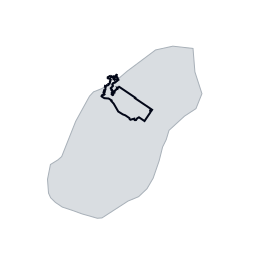 72, Ar Rayyān, Qatar shown in context, rotated 34°
{"feature_id": "91078587B78903366981324", "entity_name": "72", "entity_type": "district", "adm_level": 2, "iso_a3": "QAT", "parent_name": "Qatar", "parent_adm1": "Ar Rayyān", "projection": "mercator", "projection_center": [50.849, 25.539], "detail": "fine", "context": "in_parent", "style": "outline", "palette": "ink", "viewbox_px": 256, "rotation_deg": 34, "n_neighbors": 0, "source": "geoboundaries", "source_scale": "gbopen_adm2", "svg_char_len": 4492}
<svg xmlns="http://www.w3.org/2000/svg" viewBox="0 0 256 256"><g transform="rotate(34 128 128)"><path d="M138.0,224.9L127.6,227.5L117.7,230.3L109.5,230.3L102.9,229.1L98.5,226.4L90.0,215.6L84.1,201.6L87.7,193.7L89.0,188.8L80.9,151.7L78.3,123.1L79.2,117.3L83.9,110.5L91.6,95.6L95.6,81.2L107.2,47.9L119.4,35.1L137.4,25.7L152.1,44.1L170.1,58.2L173.5,73.9L168.2,86.6L163.3,107.0L166.2,116.3L167.3,124.4L172.2,137.9L176.9,155.5L177.7,167.7L175.2,179.0L168.9,188.5L156.7,217.1L153.0,220.0L138.0,224.9Z" fill="#d9dde1" stroke="#a8b0b8" stroke-width="1"/><path d="M137.8,99.4L117.1,99.4L117.1,98.8L98.0,98.8L97.9,99.0L97.9,98.9L97.7,98.9L97.7,99.1L97.5,99.6L97.2,99.7L97.1,99.8L97.1,100.3L96.7,100.5L97.0,100.6L97.1,101.0L97.3,101.2L97.3,101.4L97.4,101.6L97.2,101.7L97.1,101.8L96.9,102.0L96.8,102.3L96.7,102.3L96.7,102.5L96.6,102.8L96.7,103.1L96.6,103.3L96.5,103.5L96.4,103.8L96.5,104.3L96.4,104.5L96.2,104.6L96.0,104.8L96.1,105.0L96.3,105.3L96.5,105.4L96.7,105.7L96.8,105.8L96.9,106.1L96.7,106.1L96.8,106.3L96.6,106.6L96.5,106.8L96.0,107.1L96.0,107.3L95.9,107.3L96.0,107.8L96.3,108.2L96.8,108.3L97.1,108.5L97.1,108.8L97.1,109.0L96.8,109.4L96.7,109.4L96.6,109.0L95.8,109.1L95.8,108.8L95.5,108.5L95.8,108.4L95.7,108.4L95.5,108.2L95.3,108.1L95.2,108.1L95.1,107.9L94.9,107.9L94.9,107.5L95.0,107.2L95.0,106.7L94.8,106.4L94.5,106.3L94.4,106.2L94.3,106.3L94.2,106.2L94.0,105.9L93.9,105.9L94.0,105.7L93.6,105.4L93.4,105.4L93.4,105.5L93.3,105.4L93.1,105.3L92.9,105.3L92.9,105.2L92.7,105.2L92.6,104.7L92.8,104.7L92.0,104.6L92.0,104.8L91.9,104.8L91.6,104.8L91.4,104.6L91.5,103.9L91.6,103.5L91.8,102.8L92.0,102.2L91.9,102.1L91.9,101.9L91.7,101.7L91.8,101.6L91.7,101.5L91.7,101.2L91.4,100.9L91.4,101.0L91.1,101.0L90.7,100.8L90.6,100.7L90.6,100.2L90.6,99.8L90.6,99.3L90.7,98.8L91.5,98.2L91.7,97.9L92.0,97.2L92.2,96.6L92.1,96.2L92.2,95.7L92.3,95.6L92.6,95.2L92.7,94.8L92.8,94.5L92.7,94.3L92.7,94.0L92.8,94.0L92.9,93.8L92.7,93.8L92.7,93.6L92.8,93.3L92.8,93.2L92.4,93.0L92.1,93.1L92.2,93.4L91.9,93.4L91.7,93.5L91.7,93.4L91.5,93.1L91.4,93.1L91.3,92.9L91.4,92.6L91.2,92.4L91.1,92.2L90.9,92.0L90.7,92.0L90.5,91.9L90.3,92.0L90.2,92.1L89.7,92.2L89.8,92.1L89.7,92.1L89.6,91.9L89.5,92.0L89.4,92.0L89.2,92.0L89.3,91.9L89.2,91.6L88.9,91.1L89.0,90.9L89.0,90.7L89.2,90.8L89.2,90.7L89.1,90.4L88.9,90.5L88.6,90.6L88.6,90.8L88.6,91.1L88.9,91.5L88.5,91.7L88.5,91.9L88.7,92.0L88.9,92.2L88.9,92.5L88.8,92.4L88.8,92.5L88.7,92.8L88.6,92.7L88.5,92.8L88.2,92.8L87.9,92.9L88.0,93.0L88.4,93.1L88.4,93.3L88.5,93.3L88.4,93.5L88.5,93.7L88.8,94.0L89.1,94.1L89.2,94.3L89.6,94.6L89.8,94.8L89.6,94.9L89.8,94.9L89.8,95.2L89.7,95.1L89.4,94.8L89.4,94.7L89.2,94.5L89.1,94.4L88.9,94.3L88.7,94.1L88.2,94.2L87.8,94.1L87.9,94.4L88.0,94.4L88.1,94.7L88.4,95.0L88.6,95.2L88.5,95.5L88.3,95.3L88.3,95.2L88.2,95.2L87.9,94.9L87.7,94.5L87.3,94.4L87.1,94.5L86.2,94.3L86.2,94.5L86.0,94.9L85.8,95.0L85.7,95.2L85.6,95.3L85.5,95.1L85.3,95.0L85.4,94.9L85.5,94.9L85.6,94.7L85.6,94.4L85.4,94.4L85.5,94.6L85.4,94.6L85.4,94.8L85.2,94.9L85.3,94.8L85.3,94.7L85.2,94.7L85.1,94.9L84.5,95.1L84.2,95.3L83.9,95.2L83.7,95.3L83.7,95.6L83.6,95.8L83.1,96.7L83.0,96.8L82.8,97.2L82.9,97.4L83.2,97.4L83.4,97.6L83.4,98.0L84.0,98.1L84.4,98.5L84.3,98.3L84.4,98.1L84.9,97.7L85.3,97.4L85.9,97.3L86.5,97.4L86.7,97.5L86.8,97.6L86.8,97.8L86.6,98.1L86.9,98.6L86.8,98.8L86.9,99.1L87.1,99.2L87.0,99.4L87.2,99.5L87.3,99.8L87.6,100.3L87.6,100.6L87.7,100.8L87.8,101.3L87.7,101.5L87.8,101.8L87.4,102.2L87.3,102.3L87.5,102.4L87.5,102.7L87.7,103.1L87.4,103.9L87.2,104.0L87.1,104.3L86.8,104.5L86.6,104.6L86.4,104.6L86.4,104.8L86.4,105.0L86.3,105.3L86.3,105.5L86.1,105.6L86.1,105.9L85.9,106.1L86.0,106.2L85.9,106.3L85.7,106.3L85.9,106.6L85.9,106.8L86.4,106.9L86.8,107.0L86.8,107.3L86.9,107.6L87.4,108.1L87.7,108.6L87.7,108.8L87.8,108.9L87.7,109.3L87.5,109.5L87.8,109.8L87.9,110.0L88.1,110.2L88.1,110.4L88.2,110.5L88.4,110.8L88.6,111.1L88.6,111.3L88.4,111.5L88.2,111.3L88.1,111.5L88.0,111.4L87.9,111.6L88.0,111.7L87.9,111.7L87.6,111.5L87.7,111.8L87.8,112.1L88.0,112.1L87.9,112.3L88.0,112.4L88.2,112.6L88.4,112.8L88.6,113.0L88.9,113.3L89.1,113.4L89.1,113.6L89.0,113.8L89.3,113.9L89.3,114.1L89.2,114.4L89.4,114.3L89.3,114.6L89.3,114.4L88.8,114.8L88.2,115.1L88.2,116.4L89.0,116.6L91.7,116.5L95.4,114.4L98.9,114.3L98.9,114.9L102.5,115.8L110.7,119.8L116.1,119.6L118.7,119.0L123.6,119.0L124.4,119.7L125.4,119.8L128.0,116.7L129.0,117.7L129.4,117.6L130.2,116.9L130.2,114.9L131.1,113.0L137.8,113.0L137.8,102.4L136.5,101.1L136.5,100.5L137.8,100.5L137.8,99.4Z" fill="none" stroke="#020617" stroke-width="2"/></g></svg>